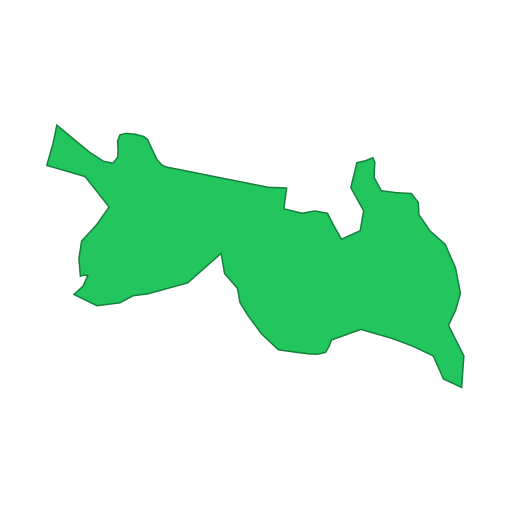 the Province of Santo Domingo, rotated 185°
{"feature_id": "DOM-1394", "entity_name": "Santo Domingo", "entity_type": "Province", "adm_level": 1, "iso_a3": "DOM", "parent_name": "Dominican Republic", "parent_adm1": "", "projection": "albers", "projection_center": [-69.842, 18.571], "detail": "fine", "context": "isolated", "style": "filled", "palette": "green", "viewbox_px": 512, "rotation_deg": 185, "n_neighbors": 0, "source": "natural_earth", "source_scale": "10m", "svg_char_len": 1118}
<svg xmlns="http://www.w3.org/2000/svg" viewBox="0 0 512 512"><g transform="rotate(185 256 256)"><path d="M163.6,357.8L155.2,360.5L148.2,364.1L145.8,359.7L145.2,344.5L136.8,331.9L121.8,331.3L106.7,331.8L99.0,323.5L97.3,311.4L84.9,296.2L68.5,284.0L56.2,261.5L49.1,236.6L52.4,219.4L58.2,203.7L40.2,174.5L39.7,143.0L58.5,149.8L70.7,171.9L91.9,179.8L113.7,185.8L145.2,192.0L173.5,178.9L175.3,172.4L178.3,166.1L186.2,163.5L194.6,163.1L210.1,163.7L225.5,164.5L243.6,178.8L258.7,195.9L267.9,208.2L271.6,222.1L285.7,235.7L291.0,255.6L321.7,223.3L360.4,208.9L375.0,205.7L387.5,197.5L410.1,192.6L434.0,201.8L425.7,210.9L421.9,221.8L425.6,222.1L429.2,220.5L432.2,238.1L431.0,255.7L417.3,273.5L406.6,292.0L433.1,320.2L472.3,328.0L468.0,350.5L465.8,369.0L431.1,345.0L416.3,337.1L406.5,336.0L402.3,342.6L402.7,350.5L403.9,358.4L402.0,364.9L396.1,366.8L386.7,366.8L378.1,365.2L374.3,362.7L363.1,343.5L357.8,338.4L352.8,336.8L250.0,325.5L231.4,326.4L232.4,305.4L213.8,302.6L201.3,306.0L188.6,304.8L180.4,291.9L172.3,280.2L154.4,290.3L152.7,310.4L167.5,332.4L163.6,357.8Z" fill="#22c55e" stroke="#15803d" stroke-width="1.5"/></g></svg>